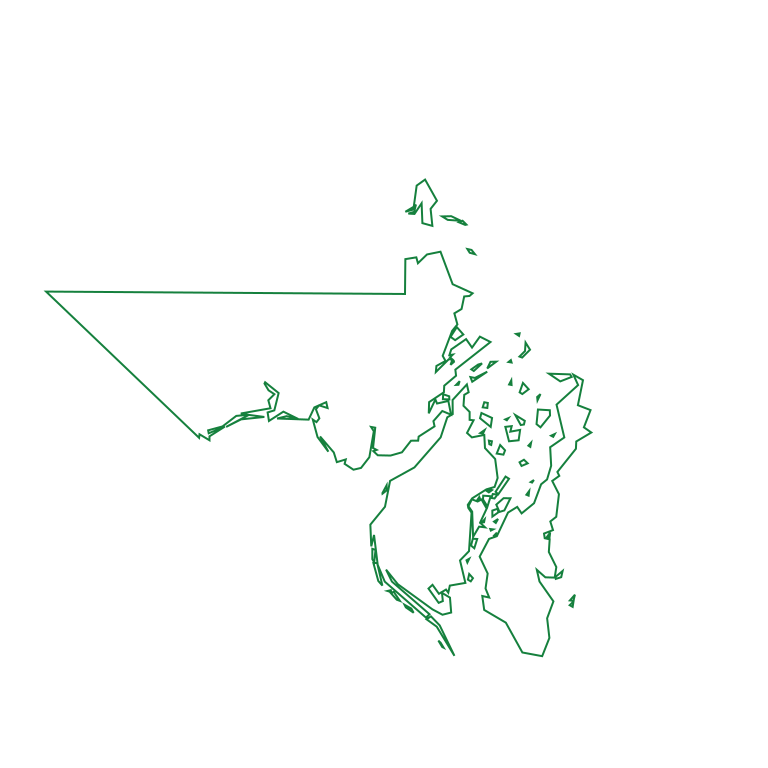 West New Georgia-Vonavona, Western, Solomon Islands, rotated 225°
{"feature_id": "97153195B60589272182469", "entity_name": "West New Georgia-Vonavona", "entity_type": "district", "adm_level": 2, "iso_a3": "SLB", "parent_name": "Solomon Islands", "parent_adm1": "Western", "projection": "natural_earth1", "projection_center": [157.168, -8.247], "detail": "fine", "context": "isolated", "style": "outline", "palette": "green", "viewbox_px": 768, "rotation_deg": 225, "n_neighbors": 0, "source": "geoboundaries", "source_scale": "gbopen_adm2", "svg_char_len": 6218}
<svg xmlns="http://www.w3.org/2000/svg" viewBox="0 0 768 768"><g transform="rotate(225 384 384)"><path d="M688.3,210.4L476.7,215.2L478.9,218.0L467.6,220.8L470.4,223.6L466.4,241.4L473.1,225.2L475.6,226.9L468.2,239.8L465.9,257.0L458.1,266.4L464.4,261.9L447.1,286.6L454.3,290.7L454.3,299.3L461.2,297.9L468.8,299.8L469.3,301.2L452.1,303.1L442.9,287.8L446.2,281.6L439.2,276.5L435.6,293.3L420.0,298.6L430.1,292.4L435.2,284.0L412.1,305.5L416.7,318.2L412.0,330.3L406.9,327.1L414.8,323.0L414.3,318.0L405.4,314.0L404.8,309.3L409.2,308.5L393.5,299.5L375.5,296.8L392.1,301.7L371.1,300.1L362.1,295.4L357.7,303.6L355.4,299.7L345.0,301.8L340.9,308.4L342.6,321.9L357.8,343.4L362.8,344.5L359.3,346.9L346.5,331.0L342.6,332.2L344.1,329.0L338.0,329.2L328.8,338.0L323.0,348.4L324.8,363.0L319.8,368.1L322.3,371.3L318.3,389.8L322.8,392.7L323.7,406.1L314.9,409.7L326.5,417.5L332.7,407.7L336.7,409.4L331.6,394.9L339.3,403.1L335.8,420.5L340.2,425.4L338.9,440.8L343.7,444.6L338.4,489.0L349.7,485.3L347.5,472.0L357.7,473.8L360.9,456.0L358.2,450.7L356.1,453.5L356.2,449.6L351.2,449.8L350.2,449.2L350.5,444.6L352.8,449.5L355.7,447.4L355.8,429.1L359.7,433.8L356.8,443.8L362.4,445.4L373.4,469.8L374.2,478.0L384.2,483.7L382.2,491.9L389.2,502.6L385.8,506.7L385.5,510.8L406.0,503.1L437.6,517.5L445.2,506.0L445.4,493.4L450.7,496.4L457.2,487.4L432.8,462.5L688.3,210.4ZM325.1,442.3L324.2,421.2L314.1,411.3L315.7,405.2L306.2,386.3L303.5,346.5L311.2,319.8L296.5,297.9L294.2,274.9L278.2,260.2L284.3,270.2L260.6,251.7L243.7,244.8L189.2,248.5L189.0,253.4L238.7,249.9L251.3,254.2L232.7,252.2L190.4,258.9L179.5,262.2L174.9,269.9L186.3,279.6L195.3,277.3L188.9,272.1L190.6,267.9L207.9,270.8L207.7,276.3L196.8,274.5L194.8,282.5L191.0,281.9L194.9,288.0L185.8,300.9L205.5,313.0L205.7,325.9L231.1,354.9L236.8,356.0L239.3,357.8L240.8,365.5L237.1,381.9L233.0,389.4L237.2,397.9L252.4,409.6L267.3,410.1L277.1,418.9L284.1,408.4L290.7,408.1L295.0,421.7L298.1,419.2L303.7,424.8L312.4,424.8L319.6,433.1L318.3,438.0L325.1,442.3ZM256.7,524.5L246.0,520.5L247.4,491.4L218.7,473.7L221.8,456.8L208.0,444.4L201.2,431.8L202.0,424.2L193.6,405.8L195.2,389.8L202.9,391.3L205.4,380.8L196.6,356.2L200.2,348.7L194.3,329.6L176.7,323.3L167.6,311.2L158.6,307.4L164.6,303.6L153.4,295.1L129.1,301.4L96.3,292.0L79.7,303.4L87.5,321.4L103.0,333.7L110.5,350.1L134.4,354.3L144.6,360.7L133.2,361.4L126.4,367.8L132.7,376.4L148.7,381.8L157.0,391.3L161.3,388.6L165.1,391.4L161.2,400.2L169.2,404.4L168.3,411.9L182.4,429.8L196.5,434.4L195.1,443.0L199.2,444.4L202.5,473.9L207.4,479.3L203.1,496.3L212.0,494.7L219.5,511.6L231.9,506.1L246.0,527.4L256.7,524.5ZM490.7,520.9L487.0,527.4L488.3,533.5L484.4,527.1L487.3,521.7L482.7,525.8L485.2,538.4L470.6,524.9L461.6,530.0L474.9,540.8L476.1,551.0L499.5,557.6L501.2,547.4L488.3,530.4L490.7,520.9ZM240.3,364.6L237.9,357.3L231.4,356.1L212.9,338.9L215.9,350.4L211.2,354.1L218.0,353.9L223.3,368.5L233.4,371.3L234.7,367.1L240.3,364.6ZM257.1,474.8L247.8,463.5L242.7,464.0L244.3,479.1L248.2,482.7L257.1,474.8ZM267.9,439.5L255.1,431.9L249.0,439.4L255.3,447.8L261.0,439.6L263.9,444.5L267.9,439.5ZM187.6,247.7L175.1,249.7L142.0,241.6L173.9,252.7L186.5,252.9L187.6,247.7ZM219.3,378.1L211.9,375.2L209.5,379.7L213.8,392.6L218.7,387.8L219.3,378.1ZM294.6,432.4L291.9,427.7L278.2,429.1L283.6,436.4L294.6,432.4ZM372.7,475.7L370.3,464.4L364.7,465.3L362.9,475.1L372.7,475.7ZM274.7,507.9L261.2,510.5L256.3,521.7L259.2,522.4L274.7,507.9ZM457.7,266.6L465.3,242.0L460.0,258.0L445.3,276.1L457.7,266.6ZM264.9,249.9L248.8,240.7L242.6,240.3L262.3,252.6L264.9,249.9ZM232.6,404.5L228.9,386.7L225.2,386.8L228.6,405.4L232.6,404.5ZM286.5,483.0L282.2,474.0L279.1,474.7L278.0,482.6L286.5,483.0ZM234.9,375.2L232.4,372.4L224.2,370.5L229.2,380.1L234.9,375.2ZM313.2,513.4L307.6,507.0L307.6,499.2L305.0,500.4L305.0,511.5L313.2,513.4ZM258.7,423.0L255.1,414.5L249.6,418.5L251.5,422.7L258.7,423.0ZM461.4,543.6L455.0,545.1L445.0,553.8L455.1,550.2L461.4,543.6ZM275.7,259.2L268.4,251.9L264.8,250.9L272.7,260.7L275.7,259.2ZM211.8,337.4L208.2,331.3L204.0,331.7L208.5,340.3L211.8,337.4ZM217.9,371.1L213.6,366.9L212.4,374.1L215.4,376.2L217.9,371.1ZM269.2,454.9L258.3,451.7L256.4,454.3L258.4,457.5L269.2,454.9ZM232.8,424.5L228.8,423.3L226.3,429.5L231.5,429.4L232.8,424.5ZM327.8,450.0L323.2,448.0L319.7,465.7L324.0,452.6L327.8,450.0ZM332.6,456.1L329.7,456.7L329.2,467.9L331.2,464.3L332.6,456.1ZM125.5,378.1L126.3,369.0L124.7,367.7L122.1,372.7L125.5,378.1ZM300.2,442.0L297.7,437.3L294.0,440.1L297.2,444.0L300.2,442.0ZM189.4,309.9L186.3,305.0L183.1,305.8L183.8,309.6L189.4,309.9ZM324.4,475.0L322.0,468.0L320.4,479.2L324.4,475.0ZM334.9,418.6L331.6,414.9L326.9,419.3L329.2,421.4L334.9,418.6ZM231.3,241.0L222.4,240.5L219.4,241.9L230.2,243.9L231.3,241.0ZM100.0,370.0L99.5,362.4L96.7,364.6L100.0,370.0ZM229.3,383.1L227.4,379.4L224.9,381.2L225.6,386.1L229.3,383.1ZM213.4,242.4L210.6,241.5L201.3,243.2L205.9,244.5L213.4,242.4ZM420.5,538.4L416.2,537.4L411.5,540.1L416.9,540.7L420.5,538.4ZM266.2,487.5L266.5,483.1L263.9,481.0L266.2,487.5ZM96.2,364.2L96.3,358.9L93.0,359.8L96.2,364.2ZM310.5,314.2L308.0,305.8L307.5,305.4L306.9,310.7L310.5,314.2ZM236.7,371.5L235.8,366.8L234.9,370.7L236.7,371.5ZM445.4,551.3L439.1,553.9L438.4,555.0L443.9,555.0L445.4,551.3ZM238.5,446.5L238.3,442.5L236.1,443.0L238.5,446.5ZM269.8,418.1L266.9,415.9L265.1,416.7L267.2,419.8L269.8,418.1ZM205.7,411.0L205.0,406.4L202.8,407.3L205.7,411.0ZM280.3,422.6L281.2,417.5L279.0,419.0L280.3,422.6ZM332.5,439.5L332.4,434.3L330.8,436.1L332.5,439.5ZM233.4,243.0L235.2,240.1L231.5,242.0L233.4,243.0ZM227.9,469.4L229.3,465.6L227.0,466.3L227.9,469.4ZM236.3,380.9L233.2,381.5L232.6,385.4L234.0,384.8L236.3,380.9ZM161.5,396.5L160.6,390.9L158.5,392.6L161.5,396.5ZM199.1,358.7L199.0,354.4L197.8,354.4L199.1,358.7ZM207.9,369.2L208.9,364.5L206.7,364.8L207.9,369.2ZM296.6,476.6L295.2,472.1L293.1,473.5L296.6,476.6ZM200.2,320.7L201.0,317.7L198.8,316.7L200.2,320.7ZM210.1,422.1L210.9,418.4L209.6,419.0L210.1,422.1ZM204.0,358.4L206.3,356.6L204.8,355.9L204.0,358.4ZM217.1,359.4L216.9,355.1L215.5,357.0L217.1,359.4ZM323.9,515.7L326.0,512.8L322.5,513.5L323.9,515.7ZM311.2,490.6L311.5,487.6L309.0,489.4L311.2,490.6ZM271.9,447.9L273.2,444.7L271.5,445.2L271.9,447.9ZM164.1,241.0L156.8,239.2L155.4,239.7L161.0,241.1L164.1,241.0Z" fill="none" stroke="#15803d" stroke-width="2"/></g></svg>